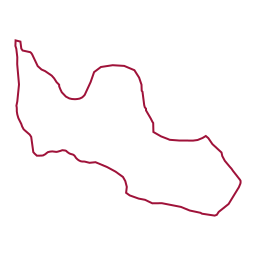 San Francisco El Alto, Totonicapán, Guatemala (Albers equal-area conic projection)
{"feature_id": "79465075B12043571614717", "entity_name": "San Francisco El Alto", "entity_type": "district", "adm_level": 2, "iso_a3": "GTM", "parent_name": "Guatemala", "parent_adm1": "Totonicapán", "projection": "albers", "projection_center": [-91.49, 14.976], "detail": "fine", "context": "isolated", "style": "outline", "palette": "rose", "viewbox_px": 256, "rotation_deg": 0, "n_neighbors": 0, "source": "geoboundaries", "source_scale": "gbopen_adm2", "svg_char_len": 1681}
<svg xmlns="http://www.w3.org/2000/svg" viewBox="0 0 256 256"><path d="M15.6,40.4L15.4,45.9L16.3,48.8L17.3,57.2L17.2,64.2L18.9,83.4L19.0,84.5L17.3,101.4L16.4,105.8L16.7,107.1L16.8,109.1L16.8,111.3L17.3,114.5L18.3,117.9L18.8,119.0L20.2,121.8L21.3,124.0L22.1,126.4L23.7,129.4L29.7,134.6L31.2,136.9L33.3,152.1L34.6,153.6L36.9,155.7L41.6,155.6L43.1,155.4L45.3,154.2L46.7,153.0L48.0,152.1L50.1,151.6L52.3,151.4L56.3,151.9L57.6,151.7L60.7,150.8L62.3,150.2L65.1,150.5L66.2,150.9L67.2,151.9L68.3,152.7L69.5,153.5L70.9,154.0L72.0,154.3L73.0,154.6L74.1,155.3L74.9,156.2L75.9,157.8L77.4,159.3L78.6,160.2L79.7,160.8L80.9,161.3L82.2,161.5L83.2,161.5L84.7,161.6L89.5,162.8L95.5,162.2L107.2,167.1L115.5,171.6L123.0,177.0L125.3,181.1L126.8,186.9L126.1,192.8L129.7,195.4L138.7,198.6L145.0,199.8L152.3,203.3L161.9,203.2L180.9,206.9L189.7,210.5L200.5,212.8L202.0,213.7L214.7,215.6L216.8,214.8L218.7,211.9L228.6,204.0L238.9,187.2L239.8,185.0L240.4,183.6L240.6,182.1L240.5,180.7L239.9,179.7L233.0,170.9L231.5,168.7L229.8,166.8L224.8,160.8L222.3,156.1L221.5,152.5L212.4,144.1L208.3,138.1L205.8,136.0L202.5,138.0L197.6,140.0L193.1,140.6L178.9,140.5L169.7,139.8L167.6,138.9L161.1,136.4L153.4,132.0L153.2,123.0L152.4,121.8L150.8,118.6L146.0,110.4L146.0,108.7L144.8,107.3L144.2,105.1L142.5,91.8L141.7,90.7L141.5,84.7L139.1,77.6L134.4,70.2L124.2,65.9L112.7,65.2L100.9,67.0L94.1,72.1L90.6,82.1L84.7,94.9L83.4,96.3L82.0,97.5L79.6,98.6L77.4,99.0L75.0,99.2L71.9,99.0L69.3,98.4L65.9,96.6L61.8,92.3L60.4,89.4L59.2,86.4L59.1,84.7L56.6,82.2L54.1,78.3L51.7,75.6L45.1,71.1L41.5,69.5L37.7,66.1L32.1,54.3L31.2,53.0L30.3,52.2L22.6,50.5L21.3,48.6L20.4,41.6L15.6,40.4Z" fill="none" stroke="#9f1239" stroke-width="2"/></svg>